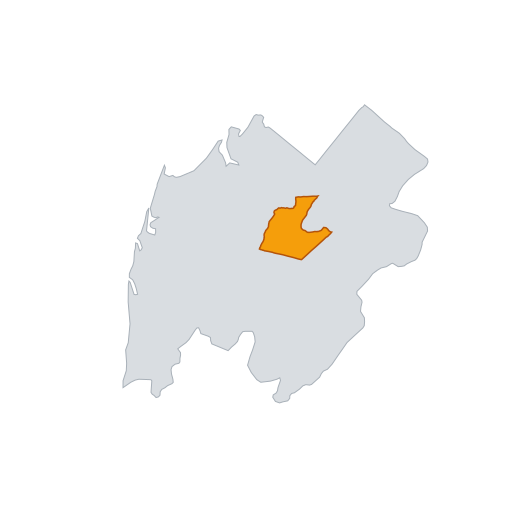 Lopè, Ogooué-Ivindo, Gabon (highlighted), rotated 39°
{"feature_id": "22940354B97125723234680", "entity_name": "Lopè", "entity_type": "district", "adm_level": 2, "iso_a3": "GAB", "parent_name": "Gabon", "parent_adm1": "Ogooué-Ivindo", "projection": "equal_earth", "projection_center": [11.763, -0.029], "detail": "fine", "context": "in_parent", "style": "filled", "palette": "amber", "viewbox_px": 512, "rotation_deg": 39, "n_neighbors": 0, "source": "geoboundaries", "source_scale": "gbopen_adm2", "svg_char_len": 6151}
<svg xmlns="http://www.w3.org/2000/svg" viewBox="0 0 512 512"><g transform="rotate(39 256 256)"><path d="M331.6,78.4L331.3,82.6L327.8,92.8L326.2,100.7L325.8,109.1L326.7,115.9L328.4,120.7L329.5,126.0L328.7,129.6L327.0,131.2L328.1,133.0L330.7,133.5L335.1,131.9L341.8,129.1L350.6,125.0L356.3,122.9L365.9,124.2L371.0,125.8L373.6,128.6L376.4,140.7L377.8,142.5L380.1,147.6L382.0,153.8L382.5,156.9L382.2,159.2L380.3,162.5L378.1,167.4L377.4,170.4L375.5,172.6L373.2,174.8L366.8,175.6L365.9,176.9L364.1,182.2L360.7,186.6L359.2,190.8L357.8,196.3L358.1,203.2L357.4,213.2L356.7,219.9L358.4,222.3L366.0,223.9L367.5,225.2L369.5,229.4L372.1,233.3L379.1,235.8L381.8,238.8L384.0,242.1L384.3,244.7L382.7,255.5L381.2,265.9L381.8,273.8L382.3,281.3L383.2,292.3L382.8,299.0L380.8,303.1L380.8,306.3L381.7,310.1L380.0,320.8L378.9,322.6L375.7,324.6L374.1,327.5L373.6,332.0L371.9,338.2L370.2,340.4L370.2,343.3L371.8,345.4L371.8,348.6L368.7,352.4L366.8,355.3L362.6,356.8L357.9,355.2L356.8,353.1L357.9,349.8L357.5,347.2L355.9,344.4L353.3,337.2L351.1,335.7L349.8,338.6L346.0,344.1L339.2,351.1L334.4,351.6L325.6,349.5L318.2,346.2L314.7,338.0L312.5,331.2L309.4,323.3L305.8,319.6L302.0,317.2L300.3,317.0L294.9,321.4L293.3,323.2L293.3,326.8L293.8,330.3L294.7,331.9L295.4,334.1L295.2,337.5L294.3,342.1L293.9,347.1L277.0,352.1L274.0,350.3L271.9,348.0L269.3,348.4L262.0,351.0L259.3,349.2L256.6,347.9L255.4,349.0L255.3,351.2L256.5,363.0L256.1,367.5L254.5,373.4L253.6,377.4L258.1,378.6L259.7,380.4L261.3,383.4L263.5,386.2L263.6,387.9L261.2,391.0L260.3,394.8L261.5,397.8L264.6,400.9L269.0,404.1L271.2,406.3L271.0,408.2L268.9,412.3L268.1,415.8L266.7,419.0L267.0,421.9L269.0,424.6L268.8,427.0L267.4,428.9L264.6,428.5L262.3,428.7L260.2,428.0L253.6,418.6L252.1,418.3L242.5,425.5L240.2,428.5L238.2,432.8L235.5,442.0L231.2,436.6L227.4,426.8L223.0,420.8L213.8,411.0L211.3,403.8L200.8,388.0L185.6,372.2L174.7,358.4L173.0,355.4L174.8,355.7L185.4,362.6L186.9,361.8L188.1,360.3L183.5,356.7L179.2,353.9L175.1,352.1L171.0,352.3L168.7,349.4L167.2,344.9L166.4,341.2L164.6,337.2L158.8,329.1L157.4,325.9L154.2,321.6L156.1,321.0L162.4,325.2L162.9,323.5L162.4,321.1L156.1,317.2L152.7,316.9L151.9,314.2L152.4,311.0L147.9,299.2L143.2,290.3L142.5,286.1L155.1,305.4L156.7,305.7L159.0,305.5L164.1,303.4L163.2,300.8L160.8,298.0L158.5,299.3L155.6,299.6L154.0,298.4L153.3,296.4L156.3,287.0L155.0,287.5L154.1,289.2L152.5,290.0L150.0,290.5L143.8,285.4L138.3,271.9L136.9,269.1L135.4,264.4L134.0,262.4L127.7,243.1L130.1,244.5L133.0,250.1L138.5,249.0L140.7,245.7L142.6,245.8L144.5,245.1L147.0,242.1L154.1,228.8L155.9,211.2L155.3,200.8L154.3,190.5L156.6,187.2L157.6,189.4L158.0,193.0L159.1,195.8L161.7,198.2L166.4,198.8L173.7,202.7L176.3,205.1L177.0,200.2L185.4,196.1L182.8,194.6L175.4,196.2L165.2,190.0L161.8,186.1L158.6,178.6L155.3,174.7L155.5,171.2L162.9,168.0L164.8,168.3L165.6,172.2L167.6,173.8L168.3,173.3L168.7,170.0L168.7,161.1L166.4,148.4L167.1,146.0L169.1,145.1L170.9,143.4L172.2,143.1L174.7,143.4L175.9,146.4L176.6,148.0L179.1,148.7L181.2,150.3L182.9,149.9L184.4,148.0L186.6,147.7L193.3,147.7L199.3,147.7L211.4,147.8L223.4,147.8L235.5,147.9L244.6,147.9L244.6,140.7L244.5,129.5L244.5,116.3L244.4,103.6L244.4,91.9L244.3,78.1L244.8,74.1L245.4,72.5L245.2,70.2L254.5,70.0L271.4,71.0L278.8,70.9L280.9,71.1L290.2,70.4L297.6,71.3L300.8,72.2L303.7,72.7L312.6,73.3L324.3,72.6L328.3,72.7L330.5,74.7L331.6,78.4Z" fill="#d9dde1" stroke="#a8b0b8" stroke-width="1"/><path d="M254.9,192.1L254.8,192.6L254.6,193.0L254.5,193.3L254.5,193.7L254.7,193.9L254.9,194.3L255.0,194.7L254.9,195.2L254.8,195.5L254.6,195.9L253.8,196.5L253.4,197.0L252.5,197.8L251.7,198.4L250.8,198.7L249.7,199.1L249.3,199.6L249.2,200.0L248.9,200.4L247.7,200.9L247.0,201.3L246.4,201.9L245.7,202.2L245.3,202.4L245.1,202.8L244.8,203.4L244.6,203.7L244.3,203.9L243.9,204.0L243.5,204.2L243.3,204.6L243.2,205.2L243.1,205.9L243.0,206.6L242.9,207.0L242.6,207.5L242.3,208.0L242.1,208.6L241.9,209.3L242.1,209.9L242.3,210.4L242.6,210.9L243.0,211.2L243.7,211.4L243.9,211.5L244.2,211.9L244.3,212.6L244.5,214.1L244.6,216.3L244.6,218.8L244.6,220.2L244.6,221.0L244.8,221.4L245.2,222.0L245.6,223.0L246.3,224.0L246.7,224.7L247.2,225.3L247.4,226.1L247.6,227.2L247.6,228.2L247.6,228.9L247.5,229.6L247.6,230.4L247.9,231.2L248.2,232.3L248.3,233.1L248.6,233.9L249.1,234.6L249.7,235.3L250.3,235.8L250.7,236.2L250.8,236.9L251.5,237.6L251.9,238.8L252.3,239.9L252.5,241.2L252.6,242.5L252.9,243.8L253.1,244.9L253.6,245.8L253.7,246.5L253.7,247.1L253.9,247.3L254.1,247.6L254.2,248.4L255.0,248.3L255.6,248.1L256.1,247.8L256.8,247.5L257.5,247.3L258.4,246.8L259.4,246.6L260.4,246.0L261.3,245.5L262.9,244.6L263.9,244.1L265.3,243.4L266.4,242.8L267.7,242.4L269.5,241.6L273.4,239.5L276.4,238.0L280.8,236.1L284.4,234.4L286.8,233.3L290.5,231.8L293.3,230.4L293.7,230.1L294.7,223.5L295.6,217.1L296.7,210.8L298.1,201.7L298.7,197.2L299.1,196.4L299.4,195.5L299.5,193.7L299.6,193.0L299.8,191.8L299.8,190.4L299.8,189.8L299.2,190.1L298.5,190.4L297.7,190.5L296.6,190.5L295.6,190.3L295.3,190.1L294.7,190.0L293.3,190.0L292.6,190.0L291.8,190.5L291.4,190.8L290.7,191.1L290.6,191.6L290.6,192.8L290.6,194.9L290.3,195.5L289.1,197.6L288.5,198.3L288.1,198.4L287.7,199.0L287.0,199.5L286.4,199.8L284.9,201.7L282.7,204.0L281.8,204.7L281.1,205.2L280.3,205.3L279.0,205.3L277.8,205.4L277.2,205.8L276.5,206.1L275.3,206.1L274.3,206.0L273.5,205.7L272.9,205.2L272.1,204.3L271.3,203.3L270.8,202.2L270.5,201.3L269.9,199.7L269.6,198.4L269.6,196.9L269.5,192.7L269.2,191.8L268.8,191.0L268.2,190.0L267.9,189.2L267.7,188.3L267.6,187.5L267.5,186.7L267.5,186.0L267.5,185.2L267.5,184.1L267.4,183.0L267.1,182.2L266.8,181.4L266.5,180.9L266.5,180.5L266.5,180.3L266.4,179.4L266.4,179.0L266.2,178.6L266.2,178.0L266.4,177.6L266.5,177.2L266.4,176.8L266.2,176.3L266.2,175.9L266.3,175.4L266.4,174.9L266.4,174.2L266.6,173.4L266.7,172.7L266.6,172.1L266.4,171.6L266.3,170.9L266.3,170.5L265.6,171.3L265.1,171.8L264.1,172.5L262.6,173.7L260.7,175.5L258.0,178.0L256.3,179.3L255.3,180.1L253.7,181.9L252.7,182.7L252.0,183.1L251.4,183.7L250.9,184.3L250.4,184.9L250.0,185.3L250.1,185.6L250.5,186.1L251.4,187.2L252.2,187.9L252.9,188.7L253.7,190.0L254.1,190.8L254.7,191.4L254.8,191.9L254.9,192.1Z" fill="#f59e0b" stroke="#b45309" stroke-width="1.5"/></g></svg>